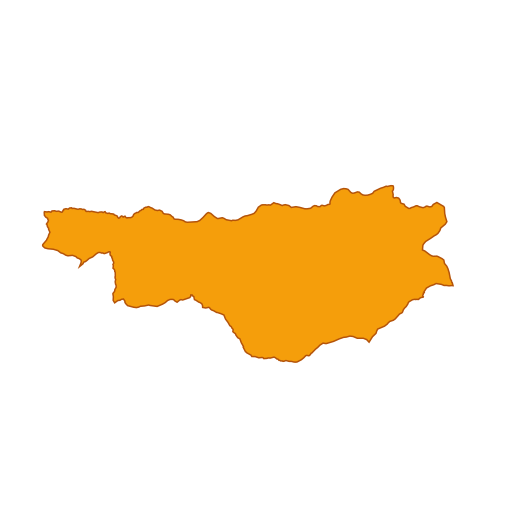 the district of Guaca, Santander, Colombia, rotated 67°
{"feature_id": "7082276B96447826186422", "entity_name": "Guaca", "entity_type": "district", "adm_level": 2, "iso_a3": "COL", "parent_name": "Colombia", "parent_adm1": "Santander", "projection": "robinson", "projection_center": [-72.874, 6.936], "detail": "fine", "context": "isolated", "style": "filled", "palette": "amber", "viewbox_px": 512, "rotation_deg": 67, "n_neighbors": 0, "source": "geoboundaries", "source_scale": "gbopen_adm2", "svg_char_len": 6114}
<svg xmlns="http://www.w3.org/2000/svg" viewBox="0 0 512 512"><g transform="rotate(67 256 256)"><path d="M196.8,422.6L195.6,418.4L194.5,417.1L194.3,416.5L194.5,415.4L194.2,413.9L193.1,410.6L193.0,406.7L191.6,402.3L191.2,400.0L191.7,398.3L193.0,396.9L193.3,395.8L193.9,395.5L194.6,394.5L194.8,391.2L194.6,390.0L195.1,388.8L195.6,388.7L197.0,389.6L198.5,389.8L200.0,389.0L201.3,389.4L202.4,389.2L203.6,389.6L205.9,389.4L207.0,389.8L207.9,391.0L209.2,391.1L211.4,392.4L212.9,391.7L214.1,391.7L215.2,392.1L215.9,391.9L219.9,393.5L220.2,394.0L220.9,394.0L221.2,394.3L222.7,394.3L224.7,395.7L227.1,396.3L228.2,396.2L230.1,396.9L231.6,398.9L233.3,400.0L234.5,402.2L234.9,402.5L237.7,403.2L241.0,404.8L243.9,404.4L243.0,400.6L243.6,398.5L243.3,396.9L243.8,394.8L246.4,394.3L247.2,394.7L248.7,394.6L251.5,393.6L255.3,388.7L256.8,386.2L257.2,383.9L257.1,382.1L258.4,378.1L259.2,373.9L260.1,372.9L263.8,366.7L263.8,360.8L263.4,357.7L262.4,354.7L262.4,352.1L263.1,350.2L263.9,348.9L265.7,348.2L267.7,346.7L266.8,343.6L266.8,342.1L267.7,341.0L267.9,340.0L268.4,333.3L267.6,331.8L266.4,331.3L266.9,330.0L268.0,329.9L269.0,329.1L272.1,329.7L273.1,328.7L276.1,326.7L277.2,325.5L279.1,324.5L280.8,324.6L282.5,325.2L284.2,322.6L284.8,319.5L285.8,318.9L287.4,318.5L288.5,317.8L289.8,316.4L292.6,314.3L293.0,313.5L295.8,310.4L297.8,308.6L302.1,308.7L306.2,307.7L309.9,307.3L311.3,306.4L313.1,306.3L314.0,305.9L314.9,305.8L316.4,306.8L317.1,306.7L319.5,305.3L320.9,305.4L324.1,304.7L326.0,303.2L330.1,303.4L334.4,302.9L334.8,303.4L340.0,303.1L340.6,302.6L341.4,302.4L345.2,299.4L346.9,299.1L348.3,296.0L350.8,293.2L351.8,290.0L352.5,289.2L353.5,288.9L354.5,286.0L354.6,284.6L355.5,282.8L356.1,278.9L357.2,277.9L359.0,277.0L359.3,276.3L359.7,276.0L361.0,275.6L361.2,275.0L362.2,274.3L362.9,272.8L363.5,272.3L363.8,271.4L363.9,269.3L365.9,266.7L366.9,264.5L368.5,262.4L369.3,260.7L369.6,259.4L369.2,254.7L368.3,251.7L367.2,249.2L367.3,248.1L368.5,246.3L368.4,245.5L367.8,244.2L367.1,243.4L367.1,242.5L365.0,237.6L364.3,235.0L363.0,231.9L362.4,228.3L364.0,225.8L364.1,225.2L364.9,218.0L364.8,211.5L365.1,207.2L365.9,204.6L366.4,200.9L368.0,198.1L371.3,194.9L373.7,189.3L376.2,186.8L379.5,185.6L375.8,180.3L374.1,175.8L372.0,174.0L370.8,172.5L370.8,165.1L370.0,161.9L369.2,160.4L368.5,158.4L368.8,154.7L368.3,152.4L365.5,146.6L365.3,143.9L364.9,143.1L363.0,141.3L361.9,139.4L361.2,137.5L359.5,135.0L358.5,134.1L357.9,133.0L357.4,128.9L358.0,126.4L358.5,126.0L358.7,124.7L359.4,123.8L359.4,123.0L359.0,122.4L358.7,120.6L359.2,118.2L358.9,117.9L358.2,118.2L357.3,117.8L356.5,116.9L355.6,116.5L355.5,115.4L354.6,115.3L352.1,111.6L351.6,107.1L351.9,103.5L351.7,101.0L354.5,96.5L356.6,94.4L357.4,92.4L358.9,89.9L359.6,87.6L360.3,86.2L357.3,85.8L356.8,86.1L355.4,85.8L352.8,86.0L346.7,84.7L342.7,84.3L340.0,84.4L336.5,85.4L333.1,84.7L331.1,85.8L327.4,88.9L326.8,89.6L325.5,93.0L324.4,94.3L322.7,95.6L317.4,98.6L315.5,100.4L311.3,98.2L310.2,96.7L308.9,94.1L307.9,88.0L307.1,84.3L306.8,81.5L306.2,79.6L304.4,76.8L302.4,75.0L300.7,69.4L299.0,66.9L294.3,66.4L290.7,65.7L285.0,63.7L283.7,63.9L277.4,68.6L277.8,72.7L279.1,74.8L278.9,76.1L278.6,77.1L277.1,78.8L276.6,79.9L276.9,80.8L276.9,83.0L276.5,83.8L274.5,86.4L272.8,87.9L272.3,89.0L272.4,91.9L272.1,94.4L272.4,95.4L271.9,96.8L268.6,99.2L266.1,99.5L264.2,101.8L263.1,102.1L261.8,101.7L260.4,101.6L258.4,102.1L257.0,103.9L256.6,106.1L255.6,106.7L254.5,106.5L252.9,105.7L249.6,105.1L248.7,103.7L247.1,102.8L245.3,102.3L244.6,103.0L243.9,104.6L243.3,108.0L242.6,108.9L242.6,112.0L242.3,114.9L242.6,121.9L243.9,124.2L243.9,126.7L243.6,129.5L242.7,132.0L241.5,133.8L239.9,135.0L237.6,136.0L236.6,137.6L236.4,141.2L235.9,142.7L234.5,143.9L230.7,145.2L229.4,146.7L228.2,148.9L227.7,152.0L228.7,158.7L231.5,163.0L234.3,166.1L235.6,167.0L236.8,167.4L237.2,167.9L236.7,169.7L236.9,171.6L236.6,173.5L235.1,175.4L235.0,176.2L235.6,177.8L234.6,179.9L233.3,180.9L232.5,182.4L232.5,183.9L233.4,187.1L232.5,190.6L231.6,192.6L228.3,196.8L226.2,200.0L225.1,204.5L222.4,206.0L220.2,209.0L219.8,211.0L219.8,212.2L217.8,214.1L216.2,215.9L215.6,217.1L213.9,218.8L214.8,222.8L213.9,224.2L213.4,226.0L212.5,227.4L211.5,229.8L211.2,231.2L212.0,234.8L214.7,238.3L216.0,241.0L216.0,243.4L215.5,248.2L214.9,250.4L214.9,252.7L215.7,258.4L215.2,261.0L214.0,263.4L214.0,264.7L211.0,269.2L208.7,270.9L207.6,272.1L206.7,276.3L206.3,277.0L203.3,279.0L199.1,281.0L197.4,282.8L197.4,283.9L197.8,285.3L199.8,289.6L201.3,293.8L201.4,296.8L198.1,306.1L196.9,307.8L195.3,308.8L193.5,310.8L191.9,313.2L190.4,316.4L189.6,317.0L187.9,317.1L187.0,317.8L184.6,318.9L183.5,320.1L181.4,324.0L180.4,324.7L178.2,325.0L176.1,326.8L175.6,329.0L174.2,331.0L171.1,333.1L170.5,333.9L168.6,335.5L168.4,336.2L168.5,337.5L168.1,338.0L168.0,338.9L168.2,340.7L169.0,341.5L168.6,342.8L169.1,344.0L169.0,344.9L169.9,347.4L169.3,348.9L169.5,349.7L169.5,351.1L170.0,352.4L171.3,353.7L171.8,355.3L171.7,356.4L170.6,359.2L170.6,359.8L170.1,360.4L168.9,361.0L168.3,360.9L168.1,361.3L168.3,363.1L167.5,363.2L166.6,364.1L166.8,365.5L167.6,366.6L167.5,367.7L166.3,368.2L165.1,368.1L163.7,369.3L163.0,370.3L161.8,370.6L161.7,371.1L161.3,371.4L160.0,373.7L159.1,374.4L158.9,375.8L157.6,377.4L156.2,377.6L156.1,378.0L156.3,379.8L155.4,380.4L155.0,381.2L154.5,382.7L154.4,384.4L150.6,389.9L150.2,391.7L149.4,392.8L148.7,394.8L148.2,395.1L147.3,395.0L145.8,396.1L145.3,397.7L144.6,398.2L143.7,399.7L143.5,401.6L141.0,404.9L140.4,406.7L139.6,406.9L139.0,408.9L139.5,410.6L138.2,412.4L137.9,414.6L138.1,415.1L138.9,415.4L139.0,416.4L139.8,417.1L139.7,418.1L137.6,420.0L136.8,422.5L135.7,423.6L134.8,426.2L135.5,427.4L135.4,428.0L134.9,428.4L134.0,429.9L133.9,431.0L132.5,433.4L133.1,433.9L135.9,434.9L138.2,434.3L139.9,433.1L140.9,433.3L141.9,433.1L143.3,434.2L144.7,436.4L145.3,436.1L147.6,436.5L149.4,436.1L150.5,436.5L153.6,436.4L155.6,438.6L157.3,439.9L159.0,442.1L159.5,442.5L162.1,447.7L162.7,448.2L163.8,448.3L166.1,447.2L168.0,444.7L170.6,439.9L173.6,436.3L176.8,434.5L178.4,432.6L181.0,430.7L182.3,429.1L183.7,424.6L186.2,422.0L187.9,421.3L189.5,419.6L191.4,418.6L192.6,418.9L194.1,419.9L196.8,422.6Z" fill="#f59e0b" stroke="#b45309" stroke-width="1.5"/></g></svg>